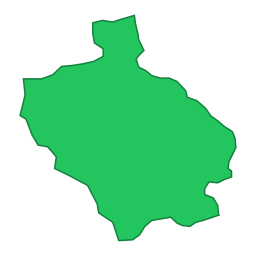 outline of Jincheon-gun, North Chungcheong, South Korea
{"feature_id": "91817680B40614027699537", "entity_name": "Jincheon-gun", "entity_type": "district", "adm_level": 2, "iso_a3": "KOR", "parent_name": "South Korea", "parent_adm1": "North Chungcheong", "projection": "robinson", "projection_center": [127.46, 36.871], "detail": "fine", "context": "isolated", "style": "filled", "palette": "green", "viewbox_px": 256, "rotation_deg": 0, "n_neighbors": 0, "source": "geoboundaries", "source_scale": "gbopen_adm2", "svg_char_len": 990}
<svg xmlns="http://www.w3.org/2000/svg" viewBox="0 0 256 256"><path d="M134.4,15.4L120.5,19.5L112.7,22.0L102.3,20.4L92.8,22.9L92.8,33.8L94.5,43.0L103.2,48.8L103.2,56.3L93.7,61.4L82.4,63.9L72.0,65.5L61.6,66.4L52.9,74.7L41.6,78.9L23.4,78.9L25.1,94.8L20.1,115.5L26.0,119.1L32.1,135.0L38.1,145.1L47.7,146.8L56.3,156.8L54.6,168.5L68.5,175.2L87.5,185.3L97.1,203.7L98.8,213.0L112.7,222.2L118.8,240.6L132.7,239.8L139.6,234.8L144.8,226.4L151.7,220.5L170.8,217.2L176.9,223.0L182.1,225.5L189.9,226.4L196.0,222.2L202.9,220.5L219.0,215.1L218.6,214.6L217.7,205.4L213.3,197.9L204.7,194.5L204.7,188.7L209.0,181.9L217.7,182.8L224.6,179.4L231.6,176.9L231.5,171.0L228.1,168.5L228.9,161.8L235.9,147.6L235.0,138.4L232.4,131.7L224.6,126.7L217.7,120.8L210.7,115.8L205.5,108.2L196.8,100.7L187.3,97.3L185.6,90.6L176.9,81.4L169.1,78.1L160.4,78.1L151.7,75.6L145.7,70.6L138.7,67.2L136.1,58.9L139.6,54.7L143.9,50.5L138.7,39.6L137.9,33.8L135.3,22.9L134.4,15.4Z" fill="#22c55e" stroke="#15803d" stroke-width="1.5"/></svg>